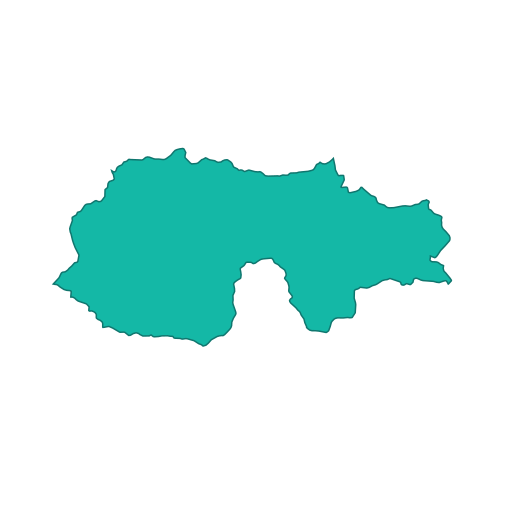 outline of Sa Pa, Lào Cai, Vietnam, rotated 130°
{"feature_id": "81297802B16025441122040", "entity_name": "Sa Pa", "entity_type": "district", "adm_level": 2, "iso_a3": "VNM", "parent_name": "Vietnam", "parent_adm1": "Lào Cai", "projection": "orthographic", "projection_center": [103.926, 22.315], "detail": "fine", "context": "isolated", "style": "filled", "palette": "teal", "viewbox_px": 512, "rotation_deg": 130, "n_neighbors": 0, "source": "geoboundaries", "source_scale": "gbopen_adm2", "svg_char_len": 6160}
<svg xmlns="http://www.w3.org/2000/svg" viewBox="0 0 512 512"><g transform="rotate(130 256 256)"><path d="M358.9,238.6L356.5,237.0L353.3,236.5L349.0,236.4L348.1,236.1L342.6,234.0L340.8,232.8L339.1,231.3L338.2,230.1L336.5,229.5L333.0,229.2L328.9,229.0L326.9,229.2L325.1,229.9L322.1,232.1L318.2,233.3L313.9,234.0L312.7,234.6L311.7,235.9L307.7,242.6L306.5,244.0L304.4,245.3L301.1,248.3L296.9,249.6L294.8,251.5L292.0,255.0L291.0,255.5L289.2,255.4L286.3,254.7L283.4,253.6L282.6,253.6L280.0,255.3L277.8,257.7L276.3,259.6L275.7,260.0L275.3,260.1L271.3,259.1L269.9,259.1L268.2,259.4L267.2,259.4L266.3,258.6L264.3,256.1L263.9,255.4L263.7,253.5L263.3,252.9L261.7,251.9L259.4,251.4L256.5,250.5L255.0,249.8L253.2,248.3L248.0,243.1L247.6,242.0L247.8,240.7L249.2,237.8L249.1,236.4L248.4,233.8L248.4,232.1L248.7,230.5L248.3,226.0L248.4,224.7L249.4,222.9L250.3,221.5L251.4,220.5L252.9,220.1L253.8,220.1L254.7,219.7L255.1,218.5L255.4,216.2L255.8,214.6L257.7,211.7L258.8,210.5L261.4,208.7L262.2,207.8L263.3,202.8L263.8,202.1L264.5,201.6L265.0,201.5L266.6,201.9L267.4,201.9L268.5,201.7L269.2,200.8L269.7,199.2L270.0,192.1L270.6,189.0L270.6,187.0L270.9,185.8L272.2,183.4L273.4,178.8L275.7,175.7L277.5,172.0L278.3,171.2L278.4,169.3L278.2,167.1L277.3,165.2L275.1,162.5L273.1,159.6L269.5,153.1L268.6,152.7L266.6,152.3L262.4,153.8L258.5,155.6L257.0,155.8L254.2,155.6L252.6,155.0L250.8,153.6L247.5,149.5L244.2,146.3L243.0,144.4L241.7,143.1L241.2,142.8L235.7,143.5L229.2,148.3L227.9,149.7L225.2,153.7L219.5,158.2L218.5,158.4L217.6,158.1L215.9,156.9L214.7,156.4L213.0,156.1L209.3,150.5L207.3,149.1L204.0,147.8L201.1,145.9L199.7,145.3L193.8,143.5L191.4,141.9L189.7,140.3L187.3,139.1L186.9,138.5L183.3,129.2L183.3,128.1L184.2,126.9L184.4,126.3L184.3,125.6L183.7,124.5L182.8,123.8L181.2,123.3L180.3,122.8L178.9,119.6L178.3,119.2L175.2,118.9L172.6,120.3L172.0,120.2L170.6,119.6L169.8,118.7L169.2,117.2L168.4,114.2L167.5,112.3L161.4,103.8L159.9,100.6L158.6,98.6L154.8,96.3L153.1,95.0L152.8,94.2L153.0,93.0L153.9,90.7L153.6,90.6L149.6,90.4L149.0,90.7L148.3,93.0L147.0,99.9L146.9,101.5L146.6,102.7L145.1,104.7L143.0,106.0L142.8,106.2L143.7,109.0L143.8,111.4L144.0,112.7L144.7,114.2L147.2,117.4L147.5,118.3L147.4,119.9L146.9,120.4L145.0,121.5L143.9,122.4L142.4,118.0L141.7,117.6L140.4,117.4L138.5,117.5L133.3,118.1L126.8,117.7L120.5,117.6L119.8,117.6L118.5,118.2L117.3,119.2L116.2,121.0L115.3,126.1L115.0,129.8L114.4,131.8L113.2,133.6L110.9,135.4L110.1,136.4L109.3,137.2L107.0,138.4L106.7,138.9L106.6,139.3L106.8,140.5L107.3,142.3L108.6,145.4L109.0,146.9L108.9,148.3L108.4,151.2L108.5,152.1L109.0,153.3L108.8,154.2L106.1,157.0L105.5,157.3L103.4,158.0L103.2,158.4L102.9,159.1L103.5,161.6L104.5,161.9L106.2,163.4L107.5,164.1L111.3,164.6L112.6,165.5L114.2,167.1L117.7,168.9L118.9,169.9L121.6,173.9L123.5,175.9L130.4,181.5L133.3,184.7L134.3,186.3L134.6,187.8L134.5,190.4L136.7,195.3L136.9,196.7L136.8,197.5L135.8,199.6L134.5,201.3L134.3,202.5L134.6,204.1L135.2,205.4L135.7,207.0L135.6,216.2L135.4,219.1L136.0,219.7L138.8,219.5L140.1,219.9L142.2,220.9L146.6,224.2L147.2,224.8L147.7,225.9L147.7,226.3L145.1,229.6L144.9,230.2L145.0,230.8L145.5,231.5L148.3,234.3L148.6,235.1L148.3,235.4L141.4,237.2L140.7,237.6L138.2,240.4L138.1,240.7L138.3,241.1L140.0,243.1L141.1,244.0L141.3,244.4L141.2,245.4L139.0,250.5L136.1,253.6L131.5,259.5L133.2,259.6L136.8,260.2L140.2,261.6L141.4,262.6L142.5,264.3L142.8,265.4L143.0,267.2L144.8,267.4L147.0,268.4L151.0,267.6L152.9,267.5L154.4,268.2L157.6,270.5L164.2,277.0L166.3,278.4L170.1,282.7L171.4,283.3L173.1,283.4L173.9,283.9L175.2,285.4L176.7,287.5L179.7,289.3L180.7,290.9L186.9,297.9L188.3,300.0L188.6,300.9L188.4,303.3L188.5,306.0L188.9,307.2L190.3,308.5L192.1,311.1L194.5,316.2L195.0,316.9L198.5,318.9L198.9,319.9L199.1,321.6L199.8,322.9L201.3,324.1L201.4,325.0L201.2,326.3L202.2,330.0L202.0,330.9L200.5,333.9L200.2,335.8L200.6,339.5L201.1,340.3L202.6,341.7L204.5,342.7L206.4,343.2L208.7,345.3L209.3,347.2L209.5,348.8L212.0,353.1L212.5,354.7L212.8,356.6L213.3,357.8L215.6,358.6L217.1,359.5L221.9,360.2L223.5,361.1L226.8,364.5L227.0,366.1L226.3,373.2L226.1,373.8L224.5,375.0L221.9,376.3L220.4,379.7L220.4,380.4L220.7,381.2L222.9,383.2L225.1,384.8L227.0,385.8L229.0,386.0L233.7,386.0L239.0,387.3L240.5,387.9L241.8,389.1L244.4,393.0L246.4,395.3L247.2,396.7L248.8,401.1L249.9,402.8L251.5,403.9L254.8,404.5L255.9,405.2L263.0,414.4L263.5,415.3L264.1,415.7L265.9,415.8L267.1,416.3L268.9,417.6L272.4,417.3L275.1,418.7L277.1,419.2L278.5,419.0L280.5,418.1L281.7,418.1L282.6,418.5L283.1,419.2L283.4,421.4L284.5,419.7L285.2,417.7L287.9,414.3L288.4,414.0L289.9,414.2L293.0,416.1L294.2,416.2L295.8,415.8L298.8,413.8L299.6,413.8L302.0,414.3L302.3,414.2L307.6,410.0L312.9,409.8L314.0,410.1L314.8,410.7L315.5,411.5L316.4,414.1L317.4,414.8L322.3,416.2L324.3,418.3L325.6,419.3L327.3,419.7L333.4,419.0L334.8,419.2L337.3,420.8L339.9,420.0L344.4,421.6L345.2,421.2L346.9,419.4L352.8,417.2L354.7,416.3L355.2,415.8L357.0,413.7L357.9,412.0L361.8,406.7L363.4,404.2L365.8,399.9L368.9,392.6L369.4,392.0L374.7,389.0L375.7,389.0L377.9,390.6L378.3,390.6L382.2,390.7L385.3,391.2L387.7,391.2L389.5,391.6L390.9,392.1L392.7,393.7L393.7,394.1L394.6,394.1L398.8,393.0L399.5,392.9L407.8,393.3L406.9,391.6L406.2,390.7L405.7,389.2L405.7,386.0L405.1,381.6L404.0,379.0L402.2,376.4L401.8,375.6L402.1,374.7L402.6,374.3L406.5,371.5L405.3,369.9L405.1,369.2L404.8,367.6L405.0,365.8L404.9,363.6L404.4,362.1L401.9,355.7L401.7,354.8L402.2,351.2L405.2,349.1L405.3,348.3L405.1,348.0L403.6,346.5L402.9,344.2L402.8,342.8L403.3,341.1L403.6,340.6L405.7,338.9L406.2,338.2L406.1,336.0L405.5,334.4L405.4,333.3L405.5,331.2L406.3,330.0L408.9,327.8L409.1,327.4L408.3,326.6L405.0,323.9L404.4,323.2L403.3,319.4L402.0,311.6L401.5,310.8L399.4,308.5L398.8,307.4L398.7,302.5L397.9,301.6L397.1,301.1L394.4,300.2L391.9,298.5L391.2,297.0L390.8,295.9L390.8,294.6L390.0,291.2L385.8,286.4L384.4,285.9L383.9,285.5L383.8,283.0L383.3,282.0L380.3,278.9L377.7,276.8L373.9,272.4L372.7,270.3L371.1,268.1L371.2,267.2L371.5,266.4L371.1,265.3L368.1,261.4L367.6,260.5L367.5,259.9L366.8,258.8L364.9,257.2L364.1,256.3L363.4,255.1L360.7,249.0L360.0,243.5L359.0,240.7L359.1,239.1L358.9,238.6Z" fill="#14b8a6" stroke="#0f766e" stroke-width="1.5"/></g></svg>